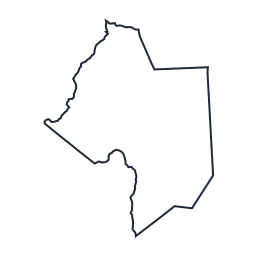 the district of Matões do Norte, Maranhão, Brazil, rotated 177°
{"feature_id": "56859067B74601498618575", "entity_name": "Matões do Norte", "entity_type": "district", "adm_level": 2, "iso_a3": "BRA", "parent_name": "Brazil", "parent_adm1": "Maranhão", "projection": "robinson", "projection_center": [-44.413, -3.75], "detail": "fine", "context": "isolated", "style": "outline", "palette": "slate", "viewbox_px": 256, "rotation_deg": 177, "n_neighbors": 0, "source": "geoboundaries", "source_scale": "gbopen_adm2", "svg_char_len": 1999}
<svg xmlns="http://www.w3.org/2000/svg" viewBox="0 0 256 256"><g transform="rotate(177 128 128)"><path d="M45.7,179.5L45.0,184.5L98.5,185.1L101.4,192.0L111.5,219.2L112.4,225.8L115.1,225.8L116.9,226.8L119.0,228.3L121.1,228.8L122.7,228.6L124.8,228.7L127.1,229.6L129.3,230.6L131.4,230.9L133.7,230.6L135.2,231.6L135.6,233.5L137.9,233.2L140.0,233.1L141.5,233.6L142.8,235.2L144.4,236.4L144.2,234.4L144.7,231.6L144.7,228.9L143.6,225.8L145.1,225.2L143.0,223.3L145.4,221.2L146.7,219.6L147.2,218.0L148.5,217.1L150.7,216.2L153.5,213.9L155.1,212.7L156.1,211.1L157.3,207.4L157.6,204.8L158.4,203.3L160.2,202.5L162.1,200.0L165.0,198.3L166.9,196.4L169.8,195.6L171.7,194.2L171.6,191.9L173.2,190.5L174.1,188.2L175.1,186.3L176.4,184.7L177.9,183.5L178.8,181.8L180.2,179.9L179.3,177.9L178.6,176.3L177.7,174.4L177.5,172.2L177.7,170.4L178.5,168.5L179.1,166.7L180.2,165.0L180.4,161.8L182.0,160.1L184.0,160.1L185.7,159.8L186.0,158.1L187.6,156.6L187.9,154.6L185.6,151.7L187.3,150.2L188.3,148.1L190.1,147.2L192.0,145.3L193.9,143.5L194.8,141.1L196.6,140.5L197.5,139.0L199.2,138.7L200.7,138.2L202.4,138.0L204.2,138.1L205.4,139.9L207.2,141.0L209.5,140.2L211.0,138.7L210.9,136.8L204.8,131.2L202.7,129.3L193.8,121.3L190.9,118.8L188.2,116.5L180.2,109.2L163.2,94.3L158.6,96.1L156.6,95.1L153.5,95.0L150.6,95.7L148.9,97.5L149.0,100.6L147.6,103.3L145.7,103.7L144.3,105.4L143.0,106.0L140.8,106.9L138.3,106.1L136.0,104.9L134.0,102.6L133.4,100.2L132.8,98.4L132.5,96.2L132.2,94.3L132.2,91.9L130.5,90.7L129.8,89.0L128.3,88.9L126.6,89.0L125.0,87.0L123.6,85.8L123.1,84.2L122.5,81.5L122.2,78.6L123.0,76.4L122.6,74.3L123.7,70.9L124.2,69.3L124.0,67.3L124.5,65.6L125.3,64.1L125.8,62.2L127.9,60.2L129.2,58.5L128.5,56.2L127.8,54.3L127.8,51.0L128.1,48.7L128.3,45.8L129.8,42.8L128.4,41.1L128.4,38.0L127.9,35.5L127.9,33.1L128.4,29.0L128.7,26.7L128.0,25.3L126.4,23.5L125.8,21.5L125.9,19.6L101.1,36.6L88.8,45.2L85.6,47.5L68.3,44.5L45.5,76.2L45.5,81.8L45.6,120.3L45.6,131.2L45.7,173.5L45.7,179.5Z" fill="none" stroke="#1e293b" stroke-width="2"/></g></svg>